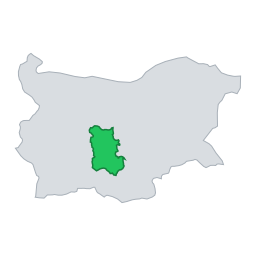 Plovdiv highlighted on a map of Bulgaria
{"feature_id": "BGR-2235", "entity_name": "Plovdiv", "entity_type": "Province", "adm_level": 1, "iso_a3": "BGR", "parent_name": "Bulgaria", "parent_adm1": "", "projection": "orthographic", "projection_center": [24.881, 42.293], "detail": "fine", "context": "in_parent", "style": "filled", "palette": "green", "viewbox_px": 256, "rotation_deg": 0, "n_neighbors": 0, "source": "natural_earth", "source_scale": "10m", "svg_char_len": 3721}
<svg xmlns="http://www.w3.org/2000/svg" viewBox="0 0 256 256"><path d="M223.5,164.6L218.5,163.9L216.8,164.2L215.7,165.5L213.4,165.3L210.5,165.4L207.6,166.9L206.0,167.6L203.7,166.4L199.5,162.6L196.9,160.0L195.0,159.4L193.2,160.2L186.5,161.3L185.0,162.9L181.9,164.7L178.9,165.6L174.4,166.3L172.1,166.3L170.8,167.1L169.7,169.7L169.0,172.2L168.4,173.2L162.8,174.5L161.6,176.0L161.3,177.4L161.4,178.8L157.0,177.5L153.5,178.4L152.7,179.5L152.0,181.0L152.5,182.7L153.8,184.2L155.0,188.5L155.5,192.8L154.8,195.2L152.3,197.0L147.0,199.0L141.8,198.1L139.6,198.9L135.8,199.2L132.3,199.8L126.9,201.5L122.0,202.6L117.6,199.0L112.4,196.6L107.0,195.2L105.1,196.2L104.2,197.1L99.7,193.9L97.6,192.7L96.7,191.5L94.8,187.3L93.7,187.2L89.9,188.7L86.3,188.6L84.1,188.3L77.6,188.4L76.8,191.3L75.9,191.7L74.5,192.1L71.1,191.9L66.7,194.0L61.9,195.2L58.3,195.2L54.5,194.5L52.2,194.9L47.3,195.0L44.1,198.1L39.2,197.8L35.2,197.2L35.7,196.2L36.8,183.9L38.9,178.4L38.9,177.3L38.5,176.4L36.7,175.5L35.5,172.5L33.0,164.6L31.5,163.0L27.4,161.2L23.8,158.8L20.8,155.8L15.4,148.2L18.2,147.6L19.1,146.1L22.1,142.1L22.5,140.2L22.2,139.0L20.4,137.0L19.2,132.7L20.3,128.8L20.4,126.8L19.5,124.7L20.6,122.2L22.7,120.9L24.0,120.5L29.3,120.4L32.9,115.4L35.0,113.9L37.1,111.1L38.1,110.1L39.1,107.9L39.5,105.6L35.3,102.3L34.0,99.9L32.1,97.2L29.7,95.3L24.6,92.0L22.7,88.8L21.9,84.6L20.7,81.5L19.3,79.4L19.0,77.7L18.5,75.7L18.4,71.7L19.8,66.4L20.6,64.5L22.4,64.0L27.0,61.3L27.3,57.7L28.2,55.5L29.7,54.2L31.0,53.4L33.5,55.6L39.4,59.1L42.3,61.6L42.2,63.1L40.7,64.6L38.1,66.0L36.5,67.9L36.0,70.3L36.4,72.0L38.2,73.5L49.1,71.8L60.1,73.0L75.0,76.5L84.8,77.8L92.1,76.3L105.6,79.1L118.2,81.7L130.3,82.4L137.0,80.3L141.8,77.5L145.8,72.3L155.8,65.4L165.4,61.5L178.1,58.1L186.5,56.9L187.8,57.9L198.8,63.8L203.6,63.7L207.6,64.6L209.0,66.2L210.0,66.6L215.2,64.9L217.6,68.2L221.4,72.8L227.6,75.1L233.1,76.2L234.9,76.4L240.6,76.0L240.3,88.0L237.1,93.7L231.8,92.0L225.2,93.8L221.9,100.3L219.9,102.2L218.2,104.5L217.3,112.7L217.5,126.1L215.0,127.8L212.7,128.4L203.3,140.5L209.0,143.7L211.6,146.1L216.0,153.0L222.2,160.8L223.5,164.6Z" fill="#d9dde1" stroke="#a8b0b8" stroke-width="1"/><path d="M113.0,128.1L112.8,129.9L113.4,133.4L113.0,134.4L112.4,134.6L113.2,136.6L113.2,137.3L113.5,138.4L114.1,139.2L115.5,140.3L117.2,140.3L118.4,139.9L119.0,140.9L118.3,142.7L119.1,143.6L119.6,143.9L119.8,144.5L119.6,145.2L118.9,145.1L117.6,144.6L116.5,145.3L116.8,147.1L116.8,148.3L117.2,149.4L118.0,151.0L117.0,151.6L115.7,152.1L115.3,153.8L115.8,155.9L116.5,156.4L116.8,156.2L117.2,156.6L117.8,156.9L118.2,157.2L118.1,157.9L118.7,158.0L119.3,156.8L119.9,156.7L121.2,156.4L122.4,156.7L123.8,157.6L124.7,159.0L123.9,158.6L123.4,158.5L123.0,158.5L123.0,160.8L123.3,162.5L123.6,164.3L123.4,164.9L123.6,165.3L124.0,165.7L123.9,166.5L122.7,168.6L120.8,169.9L119.8,169.7L119.0,170.2L118.6,170.8L118.1,171.0L117.5,171.8L117.2,172.9L116.4,173.5L116.2,174.6L116.0,175.4L115.1,175.3L114.5,175.0L113.8,175.0L112.4,173.1L111.4,173.5L110.2,173.5L109.4,172.2L108.5,171.4L106.9,170.3L105.6,168.6L103.8,168.1L102.0,168.3L100.0,168.9L98.2,170.0L96.5,170.8L92.4,167.6L92.8,165.3L92.3,163.0L92.1,161.6L92.5,160.5L92.4,158.5L93.3,157.8L94.3,157.5L94.8,156.8L94.2,156.1L93.6,155.6L93.7,154.6L93.8,153.2L93.6,151.9L93.0,151.0L92.9,150.3L93.5,149.0L92.6,147.5L92.0,147.2L92.0,146.3L91.6,145.2L91.6,144.1L91.7,143.6L91.2,142.3L90.4,142.1L90.5,139.7L91.0,137.3L92.2,137.2L93.2,136.6L93.3,135.5L92.4,134.8L91.3,133.2L89.7,132.4L89.3,130.1L90.6,127.7L92.1,127.9L94.4,125.9L95.8,125.9L97.5,126.1L99.1,126.8L100.3,128.4L101.8,129.7L103.5,130.0L104.1,129.9L104.4,129.6L106.3,129.6L108.1,130.0L109.8,129.8L111.3,128.9L111.4,128.3L111.8,127.9L113.0,127.6L113.0,128.1Z" fill="#22c55e" stroke="#15803d" stroke-width="1.5"/></svg>